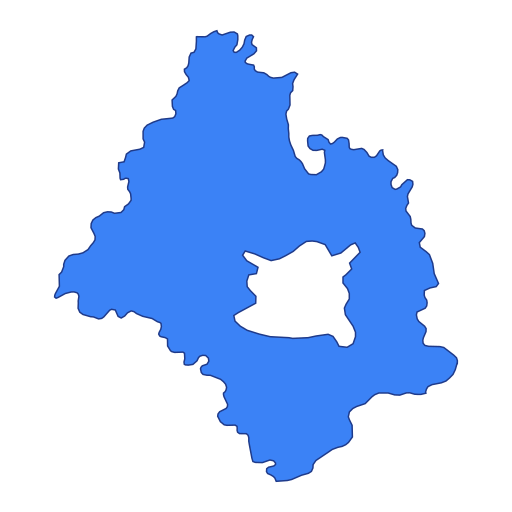 Minsk, Minsk, Belarus
{"feature_id": "67162791B84471344127718", "entity_name": "Minsk", "entity_type": "district", "adm_level": 2, "iso_a3": "BLR", "parent_name": "Belarus", "parent_adm1": "Minsk", "projection": "mercator", "projection_center": [27.512, 53.937], "detail": "fine", "context": "isolated", "style": "filled", "palette": "blue", "viewbox_px": 512, "rotation_deg": 0, "n_neighbors": 0, "source": "geoboundaries", "source_scale": "gbopen_adm2", "svg_char_len": 6016}
<svg xmlns="http://www.w3.org/2000/svg" viewBox="0 0 512 512"><path d="M251.9,458.1L252.9,461.5L255.3,462.4L262.4,462.6L269.9,460.0L273.6,460.8L275.5,463.0L275.5,464.5L273.8,466.0L268.6,467.2L266.7,468.7L266.5,471.6L267.6,473.5L270.8,474.9L273.4,476.5L274.9,478.1L276.2,481.3L287.3,480.5L291.6,479.5L301.6,475.2L308.4,473.3L311.4,471.4L312.9,468.0L313.1,464.6L315.9,460.5L332.3,449.4L337.9,447.3L342.1,446.4L345.7,444.7L348.5,442.4L352.4,437.0L352.1,425.3L349.4,419.8L348.3,416.8L349.4,411.9L352.8,408.5L356.6,406.5L365.2,403.6L371.8,396.9L374.7,394.7L378.8,393.0L388.2,393.0L394.7,394.9L399.8,395.1L406.4,392.9L409.8,392.8L414.6,394.2L418.0,394.4L420.9,394.4L425.9,393.2L425.6,391.9L426.5,389.0L428.0,386.6L432.1,384.6L441.4,382.8L446.0,381.0L449.5,378.0L453.0,374.4L455.3,369.6L457.1,363.2L457.3,363.3L457.4,360.7L456.5,357.8L453.7,355.1L443.8,347.5L439.9,346.6L428.5,346.3L424.8,345.4L423.1,343.2L422.8,340.2L423.4,337.7L426.0,331.6L426.1,328.6L424.6,326.2L418.8,321.5L417.2,318.9L416.4,314.9L417.0,312.0L425.2,308.2L426.7,305.9L427.1,302.8L426.7,300.1L424.9,297.5L424.2,295.1L424.4,290.5L430.1,287.9L436.2,286.6L438.5,283.5L434.2,273.6L432.7,263.3L429.4,254.6L426.2,251.7L420.2,247.2L419.3,242.6L424.4,236.6L424.9,233.4L424.2,230.7L422.4,229.0L415.2,228.0L411.7,225.3L411.0,223.0L410.8,219.3L410.2,216.5L406.0,211.0L405.7,208.4L406.9,205.4L408.5,203.0L407.4,196.5L408.0,193.9L412.2,186.9L412.9,184.3L412.6,181.4L409.8,179.8L407.4,179.7L401.8,184.7L400.6,186.9L396.7,189.1L395.1,189.4L392.1,187.6L391.0,184.4L391.0,181.7L392.7,178.4L394.7,177.5L396.7,175.3L397.6,172.7L397.8,169.7L396.3,166.3L388.2,160.6L385.1,157.9L383.3,154.9L382.6,150.7L382.7,149.9L381.1,150.1L379.8,150.9L376.5,155.8L374.4,157.3L371.2,157.3L369.0,156.1L366.9,152.5L364.1,149.5L361.7,148.4L353.8,149.7L351.3,149.3L349.8,148.6L349.2,147.1L349.1,143.7L348.5,139.9L347.1,138.3L342.3,137.4L340.3,137.5L337.3,139.0L334.3,142.2L332.3,143.6L330.5,144.0L329.0,142.3L328.1,139.6L323.4,136.6L321.8,135.0L320.2,134.6L317.4,135.3L312.4,135.4L309.4,136.0L307.7,138.4L307.6,140.8L308.1,146.0L310.0,148.6L313.0,150.3L316.7,150.4L322.2,149.2L324.8,150.3L324.4,152.5L325.4,159.8L325.4,162.9L324.4,166.7L323.7,169.1L321.4,171.8L316.4,174.7L310.8,174.5L308.6,173.9L304.6,168.8L302.4,163.6L300.9,161.5L299.3,159.9L296.7,158.3L295.2,156.5L293.4,150.4L290.8,144.9L289.5,141.0L288.8,137.1L288.8,133.5L288.3,128.7L288.4,124.8L286.7,119.0L285.9,114.1L286.6,111.0L288.4,109.2L290.0,105.0L289.8,95.2L290.6,92.7L292.7,90.6L293.0,86.7L292.6,83.5L294.0,79.8L297.6,74.1L294.6,72.2L291.0,72.7L281.9,77.4L273.4,78.1L270.4,77.3L268.7,76.3L266.8,74.5L263.8,72.8L257.6,72.1L255.3,70.7L254.3,69.1L254.3,66.7L253.6,65.1L248.7,64.2L247.0,63.7L245.3,62.4L245.1,61.1L246.8,58.1L253.9,53.8L256.5,50.8L256.4,47.8L252.0,44.6L251.5,42.3L252.2,39.5L253.5,36.7L251.7,35.0L249.6,35.0L246.2,36.5L244.7,40.1L244.0,43.8L242.3,47.2L239.7,50.2L236.3,52.4L234.2,52.3L233.1,50.6L234.8,47.2L236.9,44.8L237.8,39.7L237.8,35.8L237.4,33.9L234.1,32.0L230.3,32.2L222.1,35.0L219.0,33.9L217.6,32.7L216.9,30.7L213.9,31.7L210.7,33.5L207.1,36.2L205.1,36.8L196.6,36.7L196.4,36.8L196.4,41.4L195.9,48.9L194.0,52.3L191.0,53.1L189.2,57.0L188.8,62.9L188.1,65.7L186.7,67.8L184.4,69.2L184.5,71.7L186.1,74.5L188.4,77.3L189.2,80.6L186.9,82.9L179.2,87.9L177.7,90.9L177.1,93.8L175.9,96.4L172.1,100.0L172.4,106.4L173.6,109.3L175.6,110.5L175.9,113.7L174.7,116.7L172.7,118.1L161.3,119.3L153.1,122.2L147.2,125.1L144.3,128.1L143.1,131.3L143.1,138.9L144.6,142.1L143.7,147.4L139.9,149.2L130.8,150.9L126.4,154.1L125.5,157.7L124.1,161.8L118.7,162.8L118.4,169.0L119.9,173.0L120.1,178.2L120.6,179.7L123.6,179.3L125.0,178.4L126.1,178.2L128.3,178.6L128.9,181.6L127.6,187.0L127.8,189.3L129.6,191.7L130.6,193.8L131.1,198.3L131.1,200.3L128.5,203.9L124.6,206.7L123.8,209.7L121.0,212.5L114.5,213.3L111.3,212.0L107.5,211.8L103.6,212.7L99.3,216.1L95.9,217.6L92.9,220.0L91.2,223.6L91.0,227.7L94.0,233.5L95.2,236.5L95.0,239.9L93.3,242.7L90.7,245.7L88.0,249.6L83.0,252.8L78.3,254.1L73.2,254.5L68.9,256.0L65.0,260.3L63.7,264.3L63.7,266.7L61.6,272.1L59.1,274.6L59.4,286.3L55.4,293.6L54.8,295.2L54.6,297.0L56.1,298.2L58.0,297.5L65.3,293.5L71.1,292.0L74.0,291.9L77.1,292.8L78.2,294.0L78.9,296.2L78.2,301.0L78.3,303.0L78.1,308.3L79.8,312.2L83.0,314.5L90.6,316.7L93.4,316.9L98.6,318.9L101.7,318.4L103.8,316.9L109.7,310.2L111.6,309.3L115.3,310.0L118.1,316.4L121.2,318.0L124.7,316.0L127.5,312.8L131.2,310.9L134.1,311.7L136.4,313.5L142.7,316.3L152.1,318.5L157.4,321.7L159.9,322.5L161.0,323.4L161.4,326.5L160.8,329.3L159.2,332.3L158.7,334.1L159.7,336.0L161.0,336.7L165.2,337.6L167.5,338.9L167.6,346.0L170.5,350.7L171.7,351.6L174.6,352.4L182.9,352.1L184.5,353.2L184.8,358.8L184.0,362.0L184.3,364.3L185.5,364.9L188.3,365.1L192.9,364.4L197.0,360.8L198.5,357.6L199.9,356.2L202.7,355.3L205.7,355.5L208.4,358.1L208.8,361.2L207.0,364.2L202.3,365.8L201.0,367.3L200.5,368.8L201.3,372.5L203.0,374.4L206.8,375.2L210.4,375.3L220.6,379.3L223.5,381.7L225.6,384.2L226.6,387.3L226.1,389.8L225.2,391.6L223.5,393.1L223.5,394.6L224.0,396.7L227.6,404.3L227.4,406.6L226.2,408.4L219.7,411.7L218.0,414.0L217.7,416.3L220.4,421.7L224.2,424.8L226.9,425.3L235.1,425.1L237.0,426.3L237.2,428.1L237.1,430.3L237.6,432.2L239.5,433.6L246.4,433.7L248.1,435.3L248.8,437.8L248.8,441.3L249.4,444.9L251.9,458.1ZM355.2,242.9L358.3,247.4L360.1,252.3L349.6,263.1L351.7,269.0L345.8,274.9L343.0,277.0L343.0,283.0L347.5,288.6L349.3,293.4L349.3,299.0L346.1,304.2L344.4,308.1L345.4,314.7L353.1,326.2L355.5,332.2L355.5,336.7L353.1,343.7L347.1,347.3L339.0,346.3L336.8,341.9L333.0,336.4L328.1,334.3L316.1,336.0L308.1,337.7L292.7,338.4L288.9,337.7L270.2,336.7L259.3,334.1L247.2,330.3L240.3,326.2L235.0,321.1L233.8,315.5L238.3,312.6L255.7,303.2L255.9,296.3L250.4,290.7L247.2,286.7L246.8,281.1L248.8,274.9L256.4,273.6L258.0,267.3L246.8,260.8L242.6,255.2L245.2,251.0L254.8,253.9L263.3,257.7L271.1,260.6L279.4,258.8L285.6,255.7L293.2,251.4L299.5,245.9L306.4,241.4L312.2,241.0L316.9,241.6L325.2,244.6L331.8,255.8L340.9,253.0L350.6,244.9L355.2,242.9Z" fill="#3b82f6" stroke="#1e3a8a" stroke-width="1.5"/></svg>